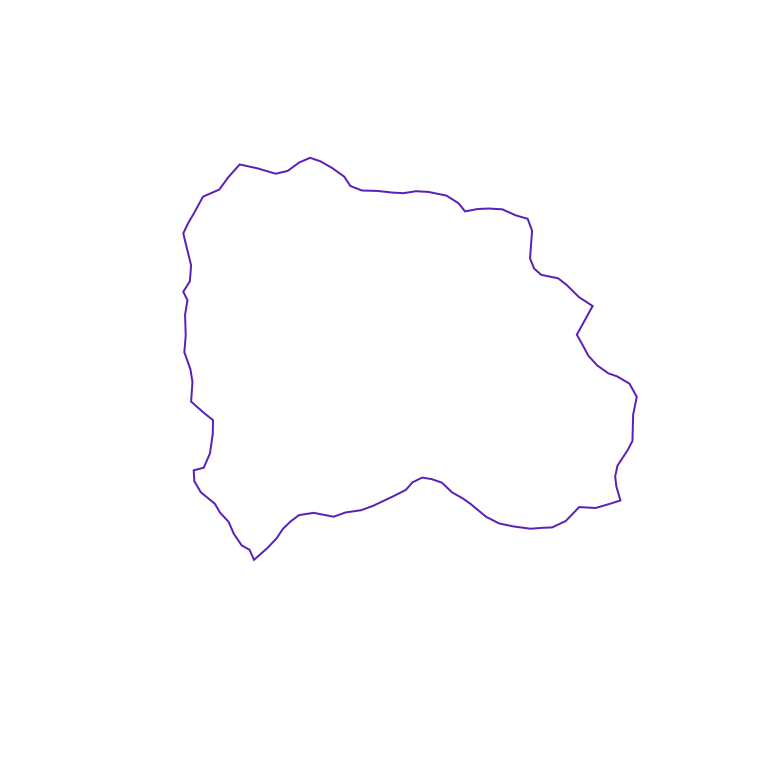 Catiguá, São Paulo, Brazil, rotated 38°
{"feature_id": "56859067B52340908889557", "entity_name": "Catiguá", "entity_type": "district", "adm_level": 2, "iso_a3": "BRA", "parent_name": "Brazil", "parent_adm1": "São Paulo", "projection": "albers", "projection_center": [-49.049, -21.07], "detail": "fine", "context": "isolated", "style": "outline", "palette": "violet", "viewbox_px": 768, "rotation_deg": 38, "n_neighbors": 0, "source": "geoboundaries", "source_scale": "gbopen_adm2", "svg_char_len": 1473}
<svg xmlns="http://www.w3.org/2000/svg" viewBox="0 0 768 768"><g transform="rotate(38 384 384)"><path d="M642.0,330.2L630.3,321.8L623.1,314.6L618.2,304.5L616.8,286.7L614.9,276.0L599.3,254.9L591.1,238.5L577.2,232.6L562.9,234.5L554.3,237.5L540.6,238.1L527.5,235.9L518.6,231.9L505.6,226.4L500.4,194.1L484.2,195.5L466.9,193.5L456.1,193.5L440.7,201.2L431.2,200.6L421.7,195.1L406.3,172.0L395.5,165.4L384.0,170.0L369.7,173.5L358.7,181.1L350.2,188.3L341.6,198.1L331.6,195.7L317.2,197.1L300.9,205.2L290.5,212.4L281.9,221.6L273.2,227.7L260.0,235.9L247.5,245.1L235.6,248.7L225.0,245.1L210.3,245.7L196.6,247.7L186.5,251.3L180.8,261.6L176.9,275.4L169.3,284.9L151.2,292.1L135.1,299.9L134.0,317.2L134.5,332.2L126.0,347.9L128.8,364.2L130.6,377.6L133.1,388.9L145.5,398.7L158.9,409.2L167.8,422.6L169.0,434.9L177.5,438.9L184.6,451.9L198.0,468.0L207.1,481.9L222.3,491.5L231.8,500.3L242.8,516.6L258.9,517.6L271.6,517.8L279.9,528.9L289.6,545.9L293.5,561.0L287.2,569.2L294.3,577.3L306.3,582.1L324.4,582.5L334.0,586.3L346.5,588.3L357.8,594.5L371.2,598.8L380.1,597.4L389.8,602.6L393.1,585.1L394.4,571.3L393.5,560.6L395.0,549.8L397.7,539.7L407.8,528.9L426.0,519.6L432.7,509.0L443.6,497.6L450.3,486.9L460.2,467.2L466.5,453.8L466.9,444.1L471.7,434.3L479.9,429.7L490.3,426.1L504.2,427.5L517.1,425.6L526.6,425.2L546.3,425.8L560.6,423.0L574.0,416.4L588.6,407.8L597.7,399.5L604.8,393.5L611.5,380.2L613.6,360.8L627.0,351.5L634.4,341.3L642.0,330.2Z" fill="none" stroke="#5b21b6" stroke-width="2"/></g></svg>